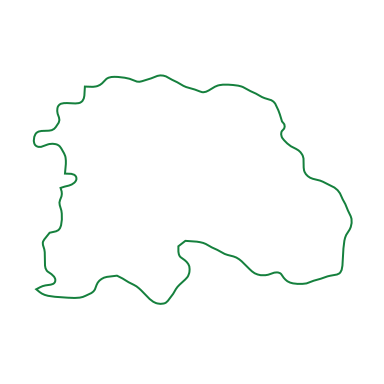 outline of Pimentel, Duarte, Dominican Republic, rotated 94°
{"feature_id": "3306468B52155686963809", "entity_name": "Pimentel", "entity_type": "district", "adm_level": 2, "iso_a3": "DOM", "parent_name": "Dominican Republic", "parent_adm1": "Duarte", "projection": "natural_earth1", "projection_center": [-70.124, 19.207], "detail": "fine", "context": "isolated", "style": "outline", "palette": "green", "viewbox_px": 384, "rotation_deg": 94, "n_neighbors": 0, "source": "geoboundaries", "source_scale": "gbopen_adm2", "svg_char_len": 3593}
<svg xmlns="http://www.w3.org/2000/svg" viewBox="0 0 384 384"><g transform="rotate(94 192 192)"><path d="M275.2,71.4L272.0,64.4L269.5,57.4L266.7,50.9L265.9,48.3L264.2,41.6L262.9,39.3L261.8,38.4L259.3,37.3L255.0,36.8L237.8,37.0L230.0,36.6L227.0,36.1L224.1,35.2L218.4,32.1L215.9,31.2L211.8,30.6L207.7,31.0L205.1,32.0L199.5,35.2L193.4,38.2L188.9,41.1L183.0,44.3L180.0,46.9L177.6,50.3L172.6,62.2L171.7,65.0L170.4,72.4L169.5,75.2L168.1,77.6L166.3,79.6L164.1,81.1L162.7,81.7L159.8,82.3L150.8,83.1L148.0,84.1L146.9,84.8L144.8,86.5L143.1,88.6L141.8,91.1L139.5,96.5L136.9,100.4L133.9,103.8L131.8,105.7L130.6,106.4L128.2,107.1L126.0,107.0L125.0,106.6L122.3,104.5L120.3,104.1L118.1,104.6L116.7,105.8L115.4,107.1L108.4,109.8L104.4,111.6L98.0,115.2L96.2,117.0L94.9,119.3L93.3,126.1L92.4,128.8L89.4,135.1L87.3,140.7L83.8,148.4L83.3,150.0L82.7,153.3L82.4,158.5L82.4,163.7L82.8,168.8L83.5,172.1L84.0,173.7L85.4,176.5L89.6,182.5L91.0,185.0L91.7,187.6L91.7,188.9L91.1,191.3L89.6,196.3L87.7,205.2L86.7,208.0L83.6,214.3L81.4,219.8L78.5,226.0L77.9,228.8L77.9,231.8L78.6,234.6L81.5,240.7L85.0,249.7L85.7,252.1L85.7,254.6L83.4,262.2L82.7,267.1L82.4,273.9L82.5,277.2L82.9,280.4L83.8,283.2L84.5,284.4L85.3,285.4L89.9,289.3L91.6,291.3L92.9,293.7L93.4,295.2L94.0,298.2L94.3,306.2L103.5,306.1L106.3,306.5L108.9,307.7L109.9,308.7L110.8,310.0L111.3,311.5L111.8,314.6L112.0,322.8L112.3,326.0L113.1,328.9L114.0,330.2L115.2,331.2L116.4,331.8L117.8,332.1L120.6,332.1L123.3,331.5L126.9,329.9L129.5,329.3L132.1,329.8L136.7,332.4L138.6,333.9L140.1,336.2L140.8,339.0L141.6,346.4L142.4,349.2L143.2,350.5L144.2,351.6L145.4,352.3L148.0,353.2L152.1,353.4L154.6,352.7L155.8,352.0L156.8,350.9L157.4,349.6L157.7,348.3L157.5,345.7L154.6,339.1L154.1,337.6L153.6,334.4L153.8,331.2L154.2,329.6L154.9,328.2L155.7,327.1L157.6,325.5L162.4,322.3L165.2,320.9L166.7,320.5L169.7,320.0L172.9,319.8L182.5,320.0L182.3,313.7L183.0,310.8L183.8,309.6L184.9,308.7L186.1,308.3L187.4,308.2L188.6,308.5L189.9,309.2L191.0,310.1L192.9,312.5L194.2,315.3L195.5,319.4L197.1,323.4L200.5,322.1L203.0,321.7L205.4,321.9L209.3,323.1L211.8,323.5L214.4,323.0L219.7,321.0L222.6,320.4L228.6,319.9L234.4,320.3L237.1,321.1L238.3,321.8L239.4,322.7L240.7,324.9L242.6,331.2L249.7,336.1L251.8,337.1L253.0,337.3L255.2,337.0L259.6,335.3L262.3,334.7L275.7,333.5L278.3,332.8L280.6,331.4L281.4,330.5L283.8,326.4L286.1,323.7L288.0,322.5L289.2,322.2L290.4,322.2L291.5,322.5L292.6,323.2L293.4,324.2L294.3,326.5L295.4,331.7L296.3,334.4L297.6,336.9L299.9,340.6L302.4,337.1L303.8,334.7L304.9,331.8L305.6,328.4L306.1,321.4L306.1,308.8L305.9,301.7L305.2,296.6L304.3,293.6L303.0,291.0L299.8,285.3L298.1,283.4L296.1,282.1L291.4,280.7L289.0,279.7L286.9,278.2L285.1,276.2L283.6,273.8L282.6,270.9L280.7,261.0L283.1,255.3L286.4,249.0L288.7,243.5L290.0,240.8L291.7,238.3L293.6,235.9L301.7,226.8L304.2,223.0L305.3,220.2L305.6,218.7L305.8,215.7L305.3,212.8L304.9,211.5L304.2,210.3L302.3,208.5L294.9,203.7L290.0,201.3L287.6,199.8L285.3,197.9L279.7,192.6L277.3,190.7L276.0,190.0L273.3,189.2L271.9,189.0L269.2,189.0L266.4,189.5L265.2,190.1L264.0,190.8L262.1,192.5L260.5,194.5L257.9,198.7L257.1,199.6L256.0,200.3L254.9,200.8L252.5,201.4L247.1,201.8L241.2,195.2L241.2,183.7L241.5,180.5L242.0,177.4L242.9,174.6L245.9,168.3L248.0,162.7L251.5,155.1L252.3,152.1L253.4,146.1L254.3,143.2L255.8,140.3L257.6,137.7L265.0,129.1L267.0,126.6L268.7,123.8L269.7,120.8L270.2,117.7L269.9,113.1L269.2,110.2L266.7,104.3L266.3,101.8L266.3,100.5L266.6,99.3L267.0,98.2L267.7,97.3L271.2,94.5L272.9,92.7L274.4,90.6L275.5,87.9L276.1,84.9L276.3,80.1L275.9,75.2L275.2,71.4Z" fill="none" stroke="#15803d" stroke-width="2"/></g></svg>